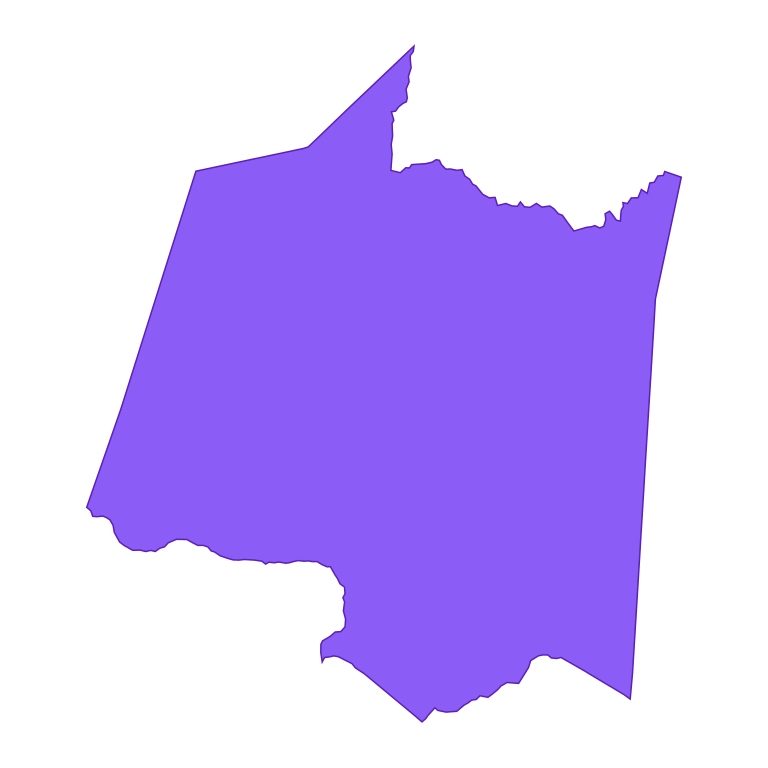 the district of Ibimirim, Pernambuco, Brazil
{"feature_id": "56859067B15287287127442", "entity_name": "Ibimirim", "entity_type": "district", "adm_level": 2, "iso_a3": "BRA", "parent_name": "Brazil", "parent_adm1": "Pernambuco", "projection": "robinson", "projection_center": [-37.602, -8.575], "detail": "fine", "context": "isolated", "style": "filled", "palette": "violet", "viewbox_px": 768, "rotation_deg": 0, "n_neighbors": 0, "source": "geoboundaries", "source_scale": "gbopen_adm2", "svg_char_len": 2627}
<svg xmlns="http://www.w3.org/2000/svg" viewBox="0 0 768 768"><path d="M195.9,171.2L146.2,328.7L122.7,403.3L120.7,409.5L109.3,442.4L86.7,507.3L90.8,510.8L92.7,516.3L96.8,516.7L102.8,516.1L106.1,517.4L109.9,519.8L113.1,525.4L114.3,532.4L119.6,542.0L124.2,545.5L132.7,550.3L139.9,550.1L145.8,551.5L150.8,550.4L155.3,551.5L159.9,548.2L164.6,546.8L168.3,542.8L176.5,539.3L186.8,539.5L193.1,543.0L197.9,545.4L203.2,545.4L208.0,547.0L211.1,550.9L214.4,551.9L220.2,555.8L228.2,558.5L233.2,559.9L238.9,560.1L244.5,559.5L254.6,560.1L261.9,561.2L265.6,564.1L268.9,562.2L274.4,562.8L278.8,562.0L285.6,563.2L289.1,562.8L294.1,561.4L298.1,560.6L304.1,561.2L308.6,560.9L312.1,561.6L317.1,561.6L322.0,564.6L327.0,566.8L330.4,566.7L335.0,574.8L337.3,578.2L340.0,583.8L344.5,587.1L345.0,593.7L342.9,597.7L344.6,601.9L343.4,610.8L345.6,619.2L345.0,626.9L340.8,631.6L335.2,632.0L330.2,636.3L326.8,638.4L322.6,640.8L320.9,644.2L320.8,652.5L322.2,662.0L324.6,657.5L329.4,656.9L333.8,655.9L338.3,656.7L352.1,663.7L355.4,667.9L364.4,673.8L413.9,714.9L422.0,721.9L425.8,718.6L428.0,715.4L434.9,707.8L437.8,710.4L446.1,712.1L456.8,711.3L464.1,705.1L468.2,702.8L471.7,700.1L476.2,699.5L480.0,695.8L487.9,697.3L491.9,694.4L497.7,689.6L500.8,686.1L507.0,682.5L518.6,683.4L528.5,667.6L530.7,660.6L538.3,655.9L542.8,654.9L547.9,655.0L551.2,657.9L556.3,658.5L561.1,657.5L585.5,671.5L590.5,674.6L624.0,694.6L630.2,699.1L632.5,673.4L637.1,598.5L639.8,554.4L640.6,540.8L643.5,494.1L645.2,465.6L645.9,453.9L646.3,447.7L650.5,380.6L653.8,326.5L655.4,299.1L681.3,177.2L664.7,171.5L663.4,175.4L657.8,176.0L654.3,182.2L649.8,183.0L647.2,193.3L641.4,189.5L638.0,197.8L631.3,197.9L627.5,203.5L622.9,202.6L623.4,206.4L621.3,210.2L620.8,214.3L620.4,221.1L616.4,220.2L612.5,214.7L609.5,211.2L605.1,213.8L605.8,219.7L603.7,226.4L599.6,227.9L594.9,225.6L591.3,226.8L586.7,227.3L573.9,231.0L567.7,222.7L565.5,219.6L562.4,215.3L558.3,213.7L554.0,208.8L549.8,206.0L541.8,207.1L536.4,203.4L530.2,207.3L524.4,206.8L520.4,201.9L517.5,206.3L511.9,205.9L505.9,203.5L497.5,205.5L495.1,197.4L489.1,197.8L482.7,194.3L476.0,185.9L472.6,184.2L469.7,179.3L464.9,176.0L462.1,169.6L457.0,170.3L450.5,169.0L445.8,169.1L441.4,164.6L439.4,160.3L436.1,159.7L432.0,162.2L425.5,163.7L411.7,164.6L409.5,167.9L405.7,167.8L400.3,172.7L390.9,170.4L391.2,166.2L392.1,154.0L391.2,144.5L392.6,136.2L392.1,123.7L393.8,120.2L391.4,111.8L395.6,111.1L398.5,107.0L402.8,103.5L406.3,101.8L407.3,97.9L406.1,89.1L409.1,81.9L408.4,76.3L411.1,67.9L410.4,60.7L410.2,55.7L413.3,51.5L414.0,46.1L349.0,107.8L312.4,143.0L308.2,146.9L303.7,148.4L195.9,171.2Z" fill="#8b5cf6" stroke="#5b21b6" stroke-width="1.5"/></svg>